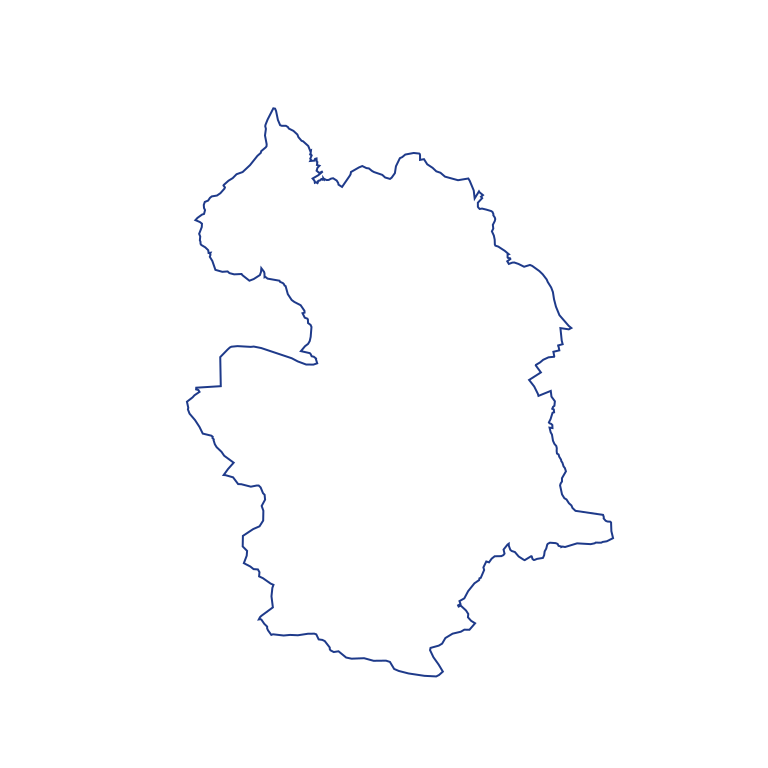 outline of Ilia, Hunedoara, Romania, rotated 164°
{"feature_id": "2599482B21217302662238", "entity_name": "Ilia", "entity_type": "district", "adm_level": 2, "iso_a3": "ROU", "parent_name": "Romania", "parent_adm1": "Hunedoara", "projection": "equal_earth", "projection_center": [22.679, 45.938], "detail": "fine", "context": "isolated", "style": "outline", "palette": "blue", "viewbox_px": 768, "rotation_deg": 164, "n_neighbors": 0, "source": "geoboundaries", "source_scale": "gbopen_adm2", "svg_char_len": 6160}
<svg xmlns="http://www.w3.org/2000/svg" viewBox="0 0 768 768"><g transform="rotate(164 384 384)"><path d="M534.0,455.0L541.5,426.9L565.5,432.2L566.1,430.6L564.1,429.4L563.5,427.3L569.3,425.4L571.7,423.9L578.3,421.3L578.7,415.0L579.5,413.7L579.1,409.1L575.6,401.4L573.2,393.6L571.9,386.3L564.2,381.9L563.2,380.5L563.8,379.4L562.9,377.7L563.3,377.0L563.2,372.7L562.3,369.4L558.9,363.6L557.4,359.1L550.2,349.8L557.3,345.3L563.2,340.7L561.4,340.0L554.8,335.9L551.8,328.0L548.8,327.0L540.3,322.0L534.4,321.5L532.4,320.9L531.1,318.6L530.4,312.4L529.3,310.4L530.2,305.6L535.2,300.5L534.9,295.4L537.8,286.0L542.9,281.5L549.7,280.6L561.5,276.9L564.6,266.8L561.6,261.3L563.3,256.8L568.1,250.4L562.8,245.4L560.4,242.0L556.3,240.5L555.6,237.4L557.1,233.5L553.9,230.7L548.0,223.4L545.6,221.4L547.5,218.8L550.7,210.9L552.4,199.9L565.9,194.9L567.5,194.0L569.2,192.2L567.6,192.0L566.8,191.3L565.2,186.5L563.2,183.0L563.7,181.3L563.4,179.2L561.5,173.9L559.7,174.0L549.8,169.9L543.5,168.7L536.0,166.2L526.0,164.9L519.8,163.2L518.1,162.0L517.2,156.5L513.8,155.0L511.8,153.2L508.8,145.7L509.2,144.0L508.8,142.7L506.2,140.2L501.4,139.6L495.8,131.5L490.9,128.9L478.7,125.9L470.3,120.8L458.3,117.5L454.9,115.2L452.8,107.3L448.9,104.1L440.2,99.0L425.5,92.3L414.4,88.5L411.3,89.1L406.7,91.3L408.8,99.2L411.8,107.7L413.1,115.5L412.0,117.5L403.5,117.4L399.7,118.4L395.0,122.9L386.9,125.1L378.4,124.7L374.5,125.7L369.6,124.2L362.4,128.9L365.5,132.3L367.6,136.6L366.4,139.7L367.6,143.7L371.3,149.8L373.6,149.5L373.8,150.8L371.1,151.4L371.3,154.5L365.9,155.8L360.2,161.7L352.0,167.5L346.6,169.3L345.8,170.9L344.4,171.0L339.0,177.6L339.0,180.3L334.6,185.2L332.2,183.6L328.7,186.4L325.1,187.9L318.7,186.2L316.4,186.6L314.9,187.7L314.7,191.9L309.5,195.6L308.1,196.1L308.6,194.3L308.3,189.8L307.3,188.3L304.5,186.4L302.1,181.1L298.2,176.6L297.3,175.9L290.0,177.9L289.5,177.5L289.5,174.9L288.6,173.6L287.9,173.4L285.0,173.7L279.2,173.0L277.3,175.2L275.7,178.8L273.4,181.1L271.5,184.4L270.7,185.2L268.2,185.7L262.8,183.7L261.2,182.4L260.8,180.3L258.4,178.9L258.5,178.4L257.1,178.5L254.9,177.4L242.3,177.6L229.5,173.1L225.4,172.8L224.3,173.2L218.9,171.6L217.3,171.9L213.2,171.4L206.3,172.7L206.0,179.9L203.9,188.3L204.5,189.3L207.1,190.2L208.6,191.4L209.9,194.2L209.4,195.5L209.5,197.8L234.9,209.3L237.0,212.9L237.3,215.6L239.1,218.4L240.4,222.7L242.1,224.5L243.3,228.8L242.7,238.0L241.6,239.7L239.8,241.2L238.9,244.4L233.2,249.9L233.3,253.3L234.1,255.3L234.2,259.3L234.8,260.8L234.7,262.5L235.6,265.8L235.6,268.1L236.9,269.5L236.5,272.0L235.6,274.7L235.5,276.9L236.7,279.5L237.2,282.9L236.5,289.1L237.1,291.6L236.9,296.4L234.2,295.2L233.5,298.2L234.3,299.6L235.7,300.6L236.1,301.6L233.6,304.3L229.9,309.9L228.3,309.9L227.8,312.7L229.1,313.8L227.7,315.5L226.2,316.1L224.5,320.3L226.5,325.7L225.6,331.4L238.8,330.0L238.8,332.1L240.3,340.2L243.4,347.9L230.0,351.9L233.0,360.0L232.7,360.5L228.1,361.7L224.3,363.4L218.5,364.3L213.0,363.3L212.7,363.7L212.3,368.3L206.2,368.0L205.8,372.7L206.8,373.1L201.3,373.0L201.2,376.8L199.0,389.1L191.3,385.6L188.5,386.2L190.4,388.9L196.4,401.8L197.4,411.0L197.2,418.6L196.3,425.8L196.7,430.7L198.5,437.0L198.8,439.6L201.2,445.7L203.5,449.7L209.0,456.7L210.9,458.2L217.0,458.1L221.7,462.4L225.3,464.9L227.2,465.3L230.9,465.0L231.7,468.0L228.1,469.3L228.1,470.0L230.2,471.2L230.3,471.7L229.5,474.4L228.3,474.4L231.2,478.7L236.3,484.6L238.8,486.3L239.0,487.5L237.8,492.3L237.5,496.4L238.2,501.0L236.1,503.3L235.5,507.0L232.6,510.1L231.6,511.9L231.6,513.5L232.4,516.0L232.0,517.2L232.3,519.5L233.3,520.7L237.7,523.5L241.4,525.6L243.8,525.9L244.7,527.7L244.9,528.5L243.8,532.4L238.4,535.6L239.1,537.3L236.8,538.3L239.3,541.9L239.6,543.0L245.7,537.4L244.4,545.3L245.6,555.7L246.3,558.3L256.7,559.5L268.2,566.5L271.5,571.5L275.1,574.0L277.7,578.4L281.9,583.3L283.6,589.1L287.6,589.5L286.3,593.9L286.2,595.1L286.6,595.8L291.8,597.9L300.3,598.7L303.9,597.1L306.5,596.7L312.5,590.0L315.4,583.7L319.8,580.2L321.7,579.5L326.0,582.2L328.0,585.5L335.2,590.5L336.8,592.1L339.1,595.4L341.4,596.4L344.8,599.5L348.3,599.1L357.3,596.9L358.4,594.7L359.9,593.3L370.0,585.0L372.8,588.2L372.6,589.7L373.4,592.6L376.2,595.8L378.3,596.0L380.9,595.4L383.0,595.9L384.6,597.3L385.0,596.9L385.6,598.7L386.0,597.1L386.9,597.3L387.0,598.2L387.7,598.3L389.8,597.2L390.5,597.5L391.7,597.1L392.1,595.8L392.6,595.4L393.8,596.7L395.0,596.5L394.8,598.6L396.0,601.2L389.6,602.8L385.1,604.8L385.2,605.2L388.0,604.6L390.0,607.6L388.4,610.1L385.9,611.6L388.1,613.0L386.9,615.7L387.4,616.3L386.7,619.4L388.2,619.4L389.3,617.9L393.4,618.7L392.4,619.7L392.8,620.9L390.5,623.7L390.9,624.9L392.4,624.8L391.2,625.4L389.8,628.7L390.7,628.5L391.2,633.7L394.9,639.6L396.2,640.5L398.2,644.8L398.5,647.7L401.3,652.3L405.1,655.8L405.5,657.4L407.1,659.2L411.1,660.4L412.5,661.4L413.2,667.1L412.5,676.2L412.8,678.7L414.4,679.5L423.0,670.3L426.4,665.9L427.1,664.6L427.2,661.8L429.9,655.7L430.7,646.8L431.4,644.9L432.4,644.1L437.8,641.7L438.8,640.1L442.8,638.2L452.5,631.3L461.5,626.7L467.9,626.3L472.7,623.6L477.4,622.3L483.2,619.5L483.6,619.0L482.7,616.9L483.5,615.8L488.7,612.5L492.6,611.2L497.9,611.8L500.0,610.9L502.5,608.8L506.1,608.4L507.9,605.8L508.5,602.8L508.1,600.5L510.1,597.1L512.3,597.0L517.5,595.1L520.1,593.5L516.3,590.4L514.8,588.3L515.9,585.1L520.3,579.3L520.0,576.4L521.4,572.9L521.2,571.4L521.7,569.3L521.3,568.0L518.2,564.7L516.5,561.8L516.1,561.0L516.5,558.3L514.5,558.0L515.4,557.0L515.2,556.0L516.4,554.3L515.1,549.6L514.6,540.2L508.5,536.4L503.3,535.3L502.0,533.2L497.8,530.7L490.6,529.0L490.1,527.6L484.9,520.4L480.3,520.8L473.3,522.9L471.3,525.7L470.0,529.1L468.4,524.9L468.4,523.3L469.4,519.6L468.6,519.8L466.9,517.4L456.0,512.1L455.8,510.9L453.4,508.9L452.6,507.4L452.5,506.1L451.6,505.2L451.7,496.9L449.6,490.2L447.5,487.5L442.4,482.7L440.3,476.3L440.7,474.5L442.8,474.5L441.9,469.6L439.6,467.9L439.4,466.9L440.2,463.5L438.3,461.1L438.0,458.8L441.5,449.5L443.6,445.7L445.9,443.5L449.5,442.1L454.8,438.5L446.8,434.1L446.2,432.8L445.9,430.6L444.0,429.6L442.3,427.2L442.6,426.8L442.5,422.3L446.5,422.1L453.5,424.2L460.7,429.5L465.6,434.2L492.1,452.4L498.9,455.9L501.8,456.4L514.4,460.8L520.4,461.9L522.1,461.6L524.9,460.2L534.0,455.0Z" fill="none" stroke="#1e3a8a" stroke-width="2"/></g></svg>